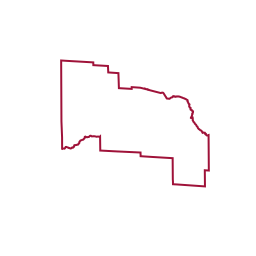 outline of Alberti, Buenos Aires, Argentina, rotated 138°
{"feature_id": "61730980B40572574294935", "entity_name": "Alberti", "entity_type": "district", "adm_level": 2, "iso_a3": "ARG", "parent_name": "Argentina", "parent_adm1": "Buenos Aires", "projection": "equal_earth", "projection_center": [-60.326, -35.028], "detail": "fine", "context": "isolated", "style": "outline", "palette": "rose", "viewbox_px": 256, "rotation_deg": 138, "n_neighbors": 0, "source": "geoboundaries", "source_scale": "gbopen_adm2", "svg_char_len": 4272}
<svg xmlns="http://www.w3.org/2000/svg" viewBox="0 0 256 256"><g transform="rotate(138 128 128)"><path d="M132.2,56.1L129.2,53.1L109.9,33.1L99.2,45.2L96.4,42.3L72.8,68.9L73.0,69.0L73.5,69.1L73.8,69.2L74.1,69.4L74.4,69.7L74.5,70.2L74.5,70.6L74.5,70.9L74.4,71.1L74.6,71.5L74.4,71.6L74.1,71.7L74.2,72.0L74.3,72.4L74.1,72.6L74.1,72.8L74.1,73.1L74.4,73.2L74.7,73.4L74.8,73.8L74.9,74.2L75.2,74.5L75.8,74.6L75.7,75.1L75.6,75.4L75.4,75.8L75.3,76.3L75.3,76.7L75.3,77.0L75.4,77.3L75.7,77.8L75.8,78.0L75.8,78.5L75.8,79.0L76.0,79.4L76.1,79.8L76.0,80.1L76.1,80.5L76.1,80.9L76.0,81.4L75.9,81.6L75.7,81.9L75.5,82.6L75.7,82.9L75.7,83.4L75.6,83.9L75.4,84.3L75.3,84.6L75.3,85.1L75.3,85.5L75.4,85.8L75.4,86.3L75.4,86.8L75.2,87.1L75.1,87.3L75.0,87.6L75.1,88.3L75.2,88.6L75.2,89.0L75.0,89.4L74.9,89.7L74.7,90.1L74.7,90.6L74.5,90.8L74.1,91.1L73.8,91.3L73.7,91.7L73.5,91.9L73.4,92.0L73.2,92.2L73.0,92.5L73.3,92.7L73.5,92.6L73.8,92.8L74.1,93.0L74.4,93.2L74.5,93.4L74.2,93.7L73.9,93.8L73.5,93.7L73.3,93.8L73.1,93.8L72.8,94.0L72.6,94.1L72.3,94.3L72.2,94.5L71.9,94.7L71.6,94.9L71.4,95.0L71.1,95.0L70.9,95.1L70.6,95.3L70.5,95.6L70.5,95.8L70.2,95.9L69.7,95.9L69.3,96.1L69.2,96.3L68.9,96.5L68.5,96.9L68.6,97.3L68.8,97.8L68.9,98.0L68.7,98.4L68.6,98.6L68.8,98.9L69.0,99.1L69.2,99.7L69.1,100.0L68.9,100.3L68.6,100.5L68.4,100.6L68.1,100.9L68.0,101.1L68.1,101.5L68.3,101.8L68.4,102.0L68.2,102.4L68.2,102.6L68.1,103.1L67.9,103.3L67.6,103.6L67.3,103.8L67.1,104.1L66.7,104.2L66.5,104.4L66.5,104.8L66.7,105.3L66.6,105.7L66.5,106.2L66.3,106.4L66.2,106.7L66.0,107.1L66.1,107.6L66.0,108.0L65.6,108.3L65.2,108.6L65.1,108.9L65.2,109.2L65.4,109.6L65.5,110.1L65.7,110.5L65.7,110.9L65.8,111.2L66.1,111.6L66.3,111.9L66.3,112.3L66.6,112.7L66.8,113.0L67.0,113.4L67.1,113.6L67.2,114.0L67.4,114.4L67.6,114.7L67.8,114.9L67.9,115.3L68.1,115.6L68.2,115.9L68.4,116.3L68.5,116.5L68.8,116.8L68.9,117.1L69.0,117.3L69.4,117.6L69.6,117.8L69.7,118.1L70.0,118.3L70.3,118.4L70.6,118.6L70.8,118.7L70.9,118.9L71.0,119.2L71.3,119.4L71.5,119.4L71.8,119.4L72.1,119.6L72.3,120.0L72.3,120.5L72.5,120.8L72.7,121.1L73.0,121.3L73.5,121.5L73.9,121.3L74.1,121.1L74.6,121.2L75.0,121.5L75.5,121.7L75.8,121.8L76.5,121.9L77.1,121.9L77.5,121.9L77.9,122.2L78.3,122.7L78.6,123.1L79.1,123.5L79.4,123.9L79.4,124.4L79.2,124.9L79.2,125.2L79.0,125.8L79.0,126.4L78.9,126.9L78.7,127.7L78.7,128.2L78.5,129.0L78.4,129.6L78.3,130.3L78.4,130.8L78.8,131.3L79.2,131.6L79.4,131.7L79.8,131.8L80.1,132.0L80.3,132.1L86.6,141.6L87.4,143.4L87.7,143.2L88.9,145.7L89.1,145.5L91.9,149.7L97.9,155.9L99.1,154.6L108.1,163.7L98.4,175.2L105.5,182.5L101.4,187.5L111.7,197.9L109.9,200.0L129.1,219.4L132.5,222.9L173.0,177.5L183.3,165.1L190.9,156.6L190.8,156.4L190.5,156.4L190.2,156.4L190.0,156.2L189.8,156.0L189.5,155.8L189.3,155.5L189.1,155.2L188.6,155.1L188.3,155.2L188.0,155.3L187.8,155.4L187.4,155.5L187.0,155.6L186.7,155.4L186.4,155.1L186.2,154.6L186.1,154.3L185.9,153.9L185.6,153.6L185.5,153.3L185.4,152.8L185.1,152.6L184.9,152.3L184.8,151.9L184.6,151.4L184.1,151.0L183.7,150.9L183.4,151.0L182.9,151.0L182.6,150.6L182.1,150.2L181.7,150.3L181.3,150.5L180.9,150.2L180.6,150.2L180.3,150.4L180.1,150.7L179.8,150.9L179.5,151.1L179.2,151.0L179.0,150.9L178.8,150.7L178.6,150.5L178.2,150.3L178.0,150.1L177.6,149.8L177.1,149.7L176.8,149.6L176.6,149.3L176.3,149.1L175.9,149.1L175.5,149.2L175.3,149.3L175.0,149.5L174.6,149.4L174.3,149.4L174.1,149.5L173.7,149.9L173.4,150.2L173.1,150.3L172.7,150.3L172.2,150.4L171.9,150.5L171.4,150.4L171.0,150.2L170.6,150.0L170.2,149.9L169.8,149.8L169.5,149.6L169.3,149.4L168.9,149.3L168.4,149.4L168.1,149.5L167.7,149.4L167.3,149.4L167.0,149.5L166.7,149.8L166.4,150.1L166.1,150.3L165.8,150.3L165.4,150.1L165.3,149.7L165.3,149.4L165.1,149.1L164.7,148.8L164.6,148.5L164.3,148.3L163.8,148.1L163.5,147.9L163.2,147.6L162.9,147.5L162.5,147.5L162.1,147.6L161.9,147.6L161.5,147.6L161.1,147.4L160.9,147.2L160.7,146.9L160.7,146.5L160.6,146.1L160.3,145.8L160.0,145.6L159.7,145.4L159.5,145.1L159.0,144.9L158.7,144.6L158.5,144.3L158.2,144.0L158.0,143.7L157.7,143.3L157.5,143.0L157.3,142.6L156.9,142.3L156.5,142.1L156.1,141.7L155.8,141.5L155.5,141.2L155.3,140.8L155.1,140.6L154.8,140.5L154.6,140.4L154.4,140.4L163.7,129.8L151.9,118.0L135.1,101.4L137.5,98.6L129.2,90.1L115.0,75.7L129.2,59.7L130.2,58.4L132.2,56.1Z" fill="none" stroke="#9f1239" stroke-width="2"/></g></svg>